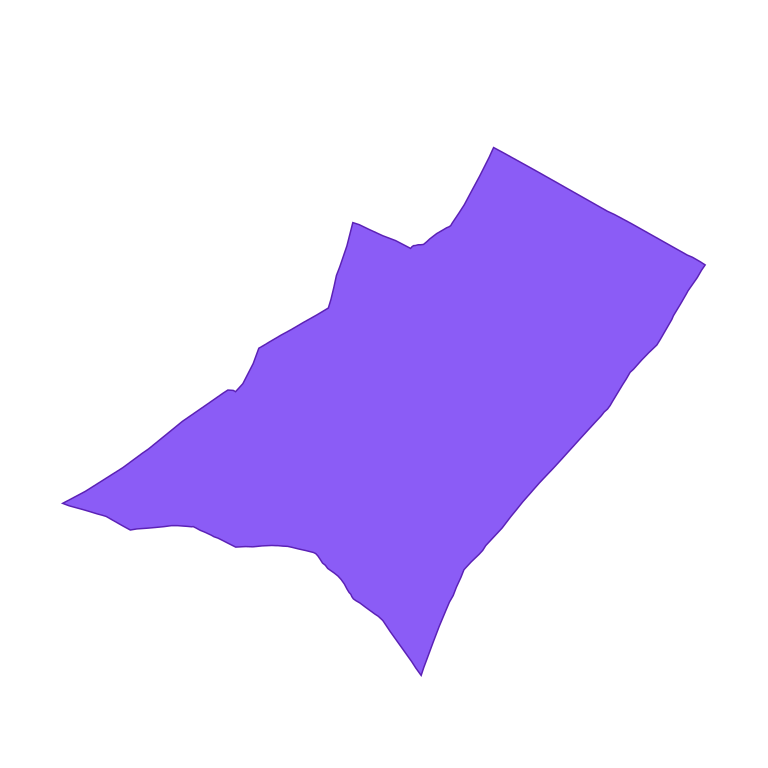 the district of Al-Chibayish, Dhi-Qar, Iraq, rotated 30°
{"feature_id": "34846034B42892596396596", "entity_name": "Al-Chibayish", "entity_type": "district", "adm_level": 2, "iso_a3": "IRQ", "parent_name": "Iraq", "parent_adm1": "Dhi-Qar", "projection": "equal_earth", "projection_center": [46.896, 30.862], "detail": "fine", "context": "isolated", "style": "filled", "palette": "violet", "viewbox_px": 768, "rotation_deg": 30, "n_neighbors": 0, "source": "geoboundaries", "source_scale": "gbopen_adm2", "svg_char_len": 2474}
<svg xmlns="http://www.w3.org/2000/svg" viewBox="0 0 768 768"><g transform="rotate(30 384 384)"><path d="M165.4,648.0L168.1,647.6L172.3,646.9L185.6,643.4L192.6,641.7L200.5,639.9L205.7,638.5L209.7,637.6L217.2,637.6L229.3,637.5L237.3,637.3L242.4,633.1L250.7,627.5L257.7,622.6L264.7,617.6L270.8,612.9L276.2,609.8L281.0,607.5L284.7,605.7L288.9,603.8L290.0,602.9L293.0,602.7L298.0,602.6L302.2,602.0L309.9,601.3L313.1,601.3L317.2,600.5L320.5,600.3L328.3,599.9L333.7,599.6L337.1,599.4L345.4,594.0L351.8,590.6L354.9,588.4L359.3,585.2L367.6,579.9L370.7,578.3L372.8,577.1L377.6,574.9L381.7,572.8L385.8,571.5L392.4,569.6L399.7,567.3L407.1,565.2L409.6,565.0L412.6,565.9L415.9,567.5L420.3,569.8L423.8,570.3L427.5,571.9L435.4,572.6L440.1,573.3L444.5,574.7L449.6,577.0L454.5,580.1L458.0,582.0L460.4,582.7L462.4,584.2L464.9,585.4L468.0,585.7L472.6,585.7L479.0,586.5L481.8,586.8L491.1,587.8L495.0,588.0L501.2,589.4L513.8,595.6L528.8,602.4L546.6,610.5L553.6,614.1L560.3,617.1L561.9,617.8L560.2,609.6L559.1,603.0L555.8,583.7L553.0,566.3L552.0,558.5L550.8,549.1L549.7,540.1L549.7,532.6L548.3,523.9L547.3,513.0L546.1,504.9L546.8,501.7L548.5,494.3L551.5,484.0L552.7,478.7L552.9,473.1L558.3,449.7L560.1,435.7L561.7,426.0L562.0,423.9L563.1,416.7L568.0,392.1L570.7,380.7L572.7,372.5L575.0,362.2L581.5,332.0L585.7,313.0L588.0,303.1L588.7,298.1L590.1,294.0L590.6,289.4L590.6,284.7L591.0,265.4L591.3,258.6L591.3,253.3L591.3,250.8L592.7,246.4L593.6,242.0L595.2,234.3L597.6,224.7L600.8,213.8L601.0,207.3L601.0,201.0L601.0,193.6L601.0,188.0L601.0,184.2L600.5,180.2L600.8,166.5L600.8,159.7L600.8,157.2L600.8,154.7L600.7,151.3L602.1,135.4L602.1,126.7L602.6,120.3L597.0,120.0L590.9,120.0L587.8,120.0L582.2,120.7L518.0,121.4L498.7,122.0L491.0,122.7L443.0,123.1L410.0,123.4L370.3,124.1L360.7,124.4L360.9,126.9L361.7,134.9L362.9,156.2L363.4,173.8L363.9,188.5L363.4,198.8L362.9,206.1L362.6,210.8L362.6,213.5L361.6,215.5L360.1,217.4L358.6,220.1L354.4,227.4L351.1,235.4L349.9,239.4L348.4,243.4L346.1,245.1L343.9,246.4L341.9,248.4L340.4,249.4L339.6,251.1L339.2,253.3L338.7,253.3L322.4,254.0L308.9,256.2L293.7,257.6L282.8,258.4L276.3,259.8L282.8,282.9L287.1,304.6L288.5,313.7L292.1,324.9L295.8,337.4L297.8,346.0L291.2,357.9L283.4,371.0L276.3,383.5L270.3,393.3L263.5,405.3L260.7,410.4L257.7,415.6L260.5,431.7L261.6,454.3L259.3,464.9L256.7,464.9L251.8,467.3L249.1,472.6L240.2,491.6L228.1,517.1L212.5,558.1L209.4,564.6L199.6,587.1L179.0,626.3L165.4,648.0Z" fill="#8b5cf6" stroke="#5b21b6" stroke-width="1.5"/></g></svg>